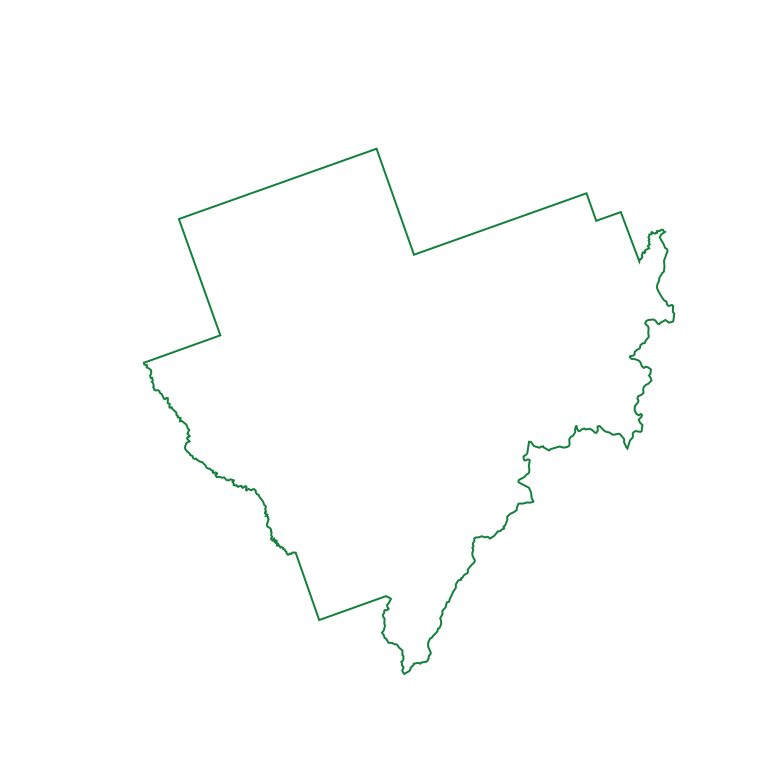 Catan Lil, Neuquén, Argentina, rotated 204°
{"feature_id": "61730980B52691065899930", "entity_name": "Catan Lil", "entity_type": "district", "adm_level": 2, "iso_a3": "ARG", "parent_name": "Argentina", "parent_adm1": "Neuquén", "projection": "orthographic", "projection_center": [-70.539, -39.454], "detail": "fine", "context": "isolated", "style": "outline", "palette": "green", "viewbox_px": 768, "rotation_deg": 204, "n_neighbors": 0, "source": "geoboundaries", "source_scale": "gbopen_adm2", "svg_char_len": 6166}
<svg xmlns="http://www.w3.org/2000/svg" viewBox="0 0 768 768"><g transform="rotate(204 384 384)"><path d="M284.7,155.9L282.2,154.6L280.2,152.3L278.2,152.1L274.7,149.4L271.3,150.7L268.6,150.6L266.2,151.2L262.5,149.1L258.8,148.1L256.9,143.8L255.6,143.2L254.2,140.4L254.3,138.6L255.2,137.3L253.7,135.8L253.2,134.3L250.9,133.2L250.7,129.6L249.9,128.7L247.6,127.4L244.2,131.9L243.7,134.2L244.3,135.5L242.7,139.5L243.0,140.5L239.7,143.0L236.9,143.4L236.6,144.8L232.9,147.0L231.7,148.5L231.7,151.7L232.4,153.8L231.6,156.5L232.0,157.6L237.0,162.2L238.4,165.6L238.4,170.2L237.1,171.6L236.8,173.7L234.6,179.5L235.1,182.5L234.2,183.3L234.0,184.4L234.1,188.0L235.4,190.6L237.4,192.9L237.0,197.8L238.4,200.3L236.9,205.1L237.8,210.0L236.0,211.6L236.4,214.1L236.2,222.7L235.5,227.1L236.9,230.3L236.1,235.0L233.9,236.5L234.6,237.8L233.6,238.8L233.3,241.3L232.6,242.9L230.9,245.0L230.9,246.4L231.9,248.5L231.7,249.9L230.1,255.3L229.1,257.2L229.0,258.9L229.4,260.0L233.0,262.7L234.5,265.2L235.1,268.9L236.7,270.4L236.1,271.8L237.9,274.1L238.0,275.5L237.5,276.9L238.7,279.7L237.7,281.1L235.0,282.5L232.9,284.6L229.4,285.0L227.0,286.6L224.3,286.0L224.0,286.4L221.6,290.0L220.0,295.7L218.1,296.7L217.1,299.2L215.7,300.3L215.6,301.3L216.8,302.2L215.8,304.1L216.1,310.1L217.5,313.0L215.7,316.9L213.2,319.8L211.5,322.7L212.4,325.4L212.4,329.4L208.1,331.5L204.9,334.1L202.9,334.7L200.0,336.7L199.7,337.4L202.8,339.9L205.4,344.6L209.4,348.2L219.6,348.8L221.2,349.1L221.7,349.9L221.8,351.0L217.9,356.2L216.7,359.8L215.7,360.9L215.5,362.4L216.5,365.2L218.3,367.7L219.8,373.6L221.2,373.9L222.2,373.4L223.2,371.9L224.8,371.4L226.6,373.4L227.0,374.7L225.4,377.1L225.0,379.2L228.0,390.2L226.2,390.9L221.8,388.3L216.1,389.0L215.1,390.5L213.3,391.7L213.0,391.1L206.2,390.4L205.3,392.3L198.2,398.3L193.8,399.0L192.7,399.7L191.0,401.0L189.7,403.0L190.1,404.8L192.2,408.7L191.9,411.6L190.3,413.6L189.7,417.6L191.2,421.0L191.4,423.6L191.0,423.9L189.4,421.7L187.3,420.2L186.2,420.4L184.6,423.3L183.0,424.8L181.5,424.4L177.9,426.8L175.2,426.7L171.3,425.3L170.1,425.9L169.7,428.2L171.6,432.0L169.9,433.3L163.9,430.9L161.3,430.7L158.4,431.4L155.1,430.7L153.4,431.1L149.5,434.0L147.7,434.0L142.6,431.6L141.9,430.9L141.1,428.5L136.9,424.8L135.4,424.1L136.3,432.6L135.2,435.7L135.3,437.5L136.7,440.2L136.2,441.9L134.9,443.4L130.3,444.5L129.5,445.7L131.2,451.6L134.6,453.0L136.8,455.0L135.5,458.7L135.6,460.5L137.1,461.1L138.5,459.0L141.6,459.5L142.7,460.8L144.1,461.4L145.8,465.8L144.4,471.0L144.9,472.4L146.5,473.7L146.8,475.6L146.6,476.6L144.7,478.4L143.3,481.3L145.3,485.2L145.4,487.3L144.3,489.8L142.6,491.8L141.1,496.0L143.0,498.2L145.4,499.5L144.8,501.7L146.1,505.9L149.6,506.6L152.0,506.2L153.1,504.4L155.5,505.0L158.7,508.2L160.5,509.0L164.7,508.8L168.5,507.6L170.4,508.6L170.3,509.6L167.8,511.4L167.1,512.9L168.1,515.2L166.8,518.1L164.8,520.6L165.5,524.1L164.1,526.4L162.5,527.4L162.5,530.5L161.3,534.6L161.6,535.6L163.0,537.3L165.1,542.9L166.3,544.0L170.0,545.5L170.0,548.3L168.6,549.9L164.4,552.4L162.0,552.4L158.3,550.4L156.8,550.7L156.6,552.0L152.9,557.0L148.9,555.9L146.2,557.8L145.4,558.7L145.5,559.8L147.4,566.2L149.4,567.3L151.8,573.0L153.1,573.3L155.5,571.2L156.7,571.2L157.8,571.9L159.6,574.2L162.1,574.4L165.8,576.5L171.8,580.9L173.8,583.0L174.8,586.0L174.7,590.0L175.6,592.8L174.9,598.6L174.0,600.5L175.5,605.2L178.3,610.4L179.1,621.0L180.2,622.2L182.8,622.8L184.9,625.1L191.4,629.8L191.8,630.5L191.5,633.5L189.2,637.1L190.2,637.1L191.9,638.3L193.3,637.8L194.0,636.3L196.8,634.7L196.0,633.5L196.1,632.9L197.3,632.6L197.5,631.7L199.0,631.3L201.0,631.8L201.3,631.2L200.5,630.6L200.6,629.6L202.4,628.5L201.9,626.8L202.1,625.6L200.6,624.5L200.6,622.7L199.5,622.1L199.2,620.4L198.0,619.6L199.1,617.4L196.9,615.8L199.7,612.7L199.7,611.6L199.0,610.7L199.2,609.7L200.7,609.8L201.1,609.4L200.6,606.2L199.6,605.0L200.1,602.7L201.0,602.1L200.6,599.8L237.6,637.4L256.5,619.4L276.6,640.6L409.2,514.3L486.5,595.9L638.5,451.3L553.3,361.9L612.0,305.7L610.9,304.3L607.9,304.7L607.6,302.6L604.9,302.6L602.4,301.8L601.0,299.2L601.0,296.2L599.4,294.6L598.4,295.3L597.7,294.7L596.6,292.9L597.0,291.5L595.7,291.1L594.5,289.9L593.5,288.4L593.5,287.1L591.7,286.0L591.5,285.3L590.0,285.2L588.1,286.4L586.3,286.1L585.3,284.9L582.7,284.2L579.1,281.1L577.8,281.1L577.2,282.7L575.7,283.1L573.8,278.6L571.6,278.6L570.8,275.8L570.1,275.2L568.4,276.3L567.5,275.3L562.1,273.4L560.9,271.3L559.3,270.9L558.9,269.7L556.0,270.2L555.6,269.2L555.9,268.3L555.3,268.0L555.2,267.0L553.6,268.0L548.1,266.5L544.9,263.5L543.3,262.9L543.3,258.6L540.3,257.4L540.3,256.9L541.9,255.4L541.7,254.0L538.3,252.5L540.1,250.5L540.5,249.1L540.1,245.1L538.9,243.6L537.0,242.5L533.0,241.3L532.2,240.3L529.8,240.4L528.1,238.6L526.6,238.5L525.2,239.3L524.0,238.7L520.0,238.2L518.7,238.8L514.3,237.2L511.9,235.4L510.0,235.2L508.7,235.8L506.6,234.9L505.1,235.3L504.7,235.1L504.6,233.7L503.7,233.2L501.9,234.7L500.7,234.8L500.0,233.9L501.0,232.4L499.0,230.9L497.5,231.9L493.5,232.7L492.1,233.6L488.6,232.2L486.8,232.8L485.4,234.5L482.0,234.9L481.8,234.1L482.6,233.0L480.5,231.7L480.2,230.5L478.6,230.8L477.6,231.6L476.7,230.8L475.4,230.7L474.8,231.7L472.7,232.9L471.6,231.8L470.7,231.7L469.0,234.4L467.6,233.9L467.1,231.2L466.4,230.8L465.0,233.0L462.0,233.0L460.8,234.7L459.8,235.1L457.8,234.4L457.5,233.3L455.4,231.7L453.4,231.7L452.0,230.3L446.8,227.5L444.1,224.7L442.5,224.4L441.7,223.2L441.9,221.8L439.7,219.3L440.5,218.6L440.3,217.7L439.4,217.1L437.6,217.2L438.0,215.4L437.2,215.8L436.0,215.5L435.4,214.1L434.4,213.5L433.8,207.8L432.4,206.3L429.7,206.1L427.9,205.0L427.4,203.5L426.1,202.5L426.2,201.6L425.5,199.9L424.0,198.9L424.4,197.0L423.6,196.0L422.6,196.0L421.6,198.1L420.5,197.3L420.9,196.1L418.3,197.2L417.9,196.3L419.0,195.0L417.1,194.5L415.8,195.0L415.5,194.4L416.1,193.3L415.7,192.8L413.9,193.9L412.1,192.5L411.2,193.4L409.8,193.3L409.3,192.3L407.3,192.4L406.4,191.4L405.0,191.1L404.2,189.8L402.2,188.9L401.0,190.8L399.7,190.8L399.2,192.7L396.1,194.0L347.2,142.0L295.9,191.0L290.7,190.8L290.2,190.4L290.6,185.5L291.3,183.4L290.3,181.8L288.3,180.4L289.4,178.5L291.4,177.6L291.5,176.7L290.7,175.0L291.2,172.8L290.5,171.4L288.1,169.9L286.2,165.2L284.8,163.6L284.0,159.1L284.7,155.9Z" fill="none" stroke="#15803d" stroke-width="2"/></g></svg>